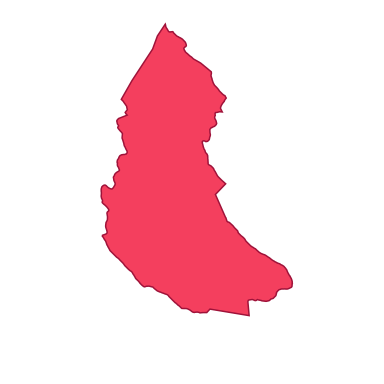 San Isidro, Heredia, Costa Rica, rotated 135°
{"feature_id": "36466004B23001731443143", "entity_name": "San Isidro", "entity_type": "district", "adm_level": 2, "iso_a3": "CRI", "parent_name": "Costa Rica", "parent_adm1": "Heredia", "projection": "equal_earth", "projection_center": [-84.042, 10.03], "detail": "fine", "context": "isolated", "style": "filled", "palette": "rose", "viewbox_px": 384, "rotation_deg": 135, "n_neighbors": 0, "source": "geoboundaries", "source_scale": "gbopen_adm2", "svg_char_len": 5970}
<svg xmlns="http://www.w3.org/2000/svg" viewBox="0 0 384 384"><g transform="rotate(135 192 192)"><path d="M239.0,64.2L230.0,75.0L228.7,75.6L227.2,74.8L227.0,74.5L225.5,73.5L224.7,72.1L224.6,71.4L224.0,70.4L223.0,69.8L222.2,69.8L221.7,69.6L221.3,68.6L220.7,67.8L220.6,67.5L219.8,66.5L219.8,66.1L218.9,64.8L218.7,64.6L216.9,62.3L215.4,61.3L214.9,61.1L214.6,60.7L214.0,60.7L213.6,60.5L211.9,60.5L209.9,59.4L206.0,59.4L204.8,60.1L204.6,60.2L204.1,60.5L204.0,60.8L203.4,60.9L203.1,61.3L201.9,61.3L201.4,61.4L199.7,61.4L197.2,60.1L196.0,58.8L194.8,57.8L194.7,57.5L194.2,57.1L193.5,56.2L192.3,55.5L189.3,54.4L188.5,54.4L188.1,54.7L187.8,54.7L186.6,55.9L186.4,55.9L186.0,56.4L185.7,56.4L185.4,57.0L185.1,57.1L184.1,58.3L183.8,59.2L183.4,59.6L182.8,61.2L182.7,61.9L182.4,62.5L182.4,62.9L182.1,63.4L182.1,64.1L181.9,65.1L181.9,65.4L181.6,65.8L181.2,67.4L180.0,70.2L180.0,70.9L179.8,71.5L179.6,74.4L179.9,76.2L180.5,77.7L180.7,79.1L181.3,80.4L181.7,80.9L181.8,81.6L182.1,82.1L182.1,82.5L182.8,84.5L182.8,85.2L183.1,85.8L183.4,87.2L183.7,89.6L183.7,90.3L184.2,92.4L184.7,95.2L185.1,96.4L185.6,97.3L186.7,99.9L187.2,102.4L187.2,103.8L187.3,104.0L187.3,107.0L187.8,108.3L187.8,109.1L188.3,110.6L188.3,111.3L188.5,111.5L188.6,112.6L188.6,118.9L188.3,120.3L188.1,120.8L188.0,121.5L187.9,121.7L187.9,124.0L188.0,124.6L188.1,125.7L188.2,126.0L188.2,130.1L188.1,130.5L187.8,130.9L187.8,131.3L187.3,132.0L187.2,132.6L187.2,136.7L186.9,139.2L187.1,144.0L187.7,145.4L187.9,145.6L187.9,146.7L186.2,150.0L186.2,150.5L177.2,173.7L162.4,174.0L162.7,179.6L162.7,184.6L162.5,185.7L161.1,190.3L161.0,191.2L160.5,192.7L160.3,192.9L160.1,194.0L160.1,196.9L160.4,198.0L160.7,198.6L160.8,199.3L160.8,200.2L160.4,200.9L160.0,201.2L159.0,202.4L158.7,202.6L158.4,203.1L157.6,203.9L157.5,204.2L156.0,205.7L155.7,206.2L155.5,206.3L155.5,206.5L155.2,206.7L154.6,208.1L154.5,210.2L154.2,211.0L153.4,212.4L153.1,213.9L152.4,215.2L152.4,215.4L150.5,218.5L150.1,219.4L149.9,219.4L149.2,220.3L148.6,220.4L147.6,220.0L147.0,219.2L146.6,217.8L145.1,216.8L142.8,216.8L140.4,218.4L139.6,218.7L138.6,219.4L137.3,221.3L135.1,223.7L133.8,223.7L133.4,223.9L132.7,223.8L132.2,223.4L130.9,223.1L129.6,222.5L127.3,222.5L126.1,223.0L125.7,223.7L125.5,223.9L124.6,225.5L123.9,227.7L123.6,228.4L122.5,229.3L122.3,229.3L121.9,229.6L121.5,229.6L120.9,230.4L119.9,231.4L119.0,231.4L118.1,230.6L115.8,229.3L114.0,227.2L112.8,230.8L112.4,231.3L112.1,231.4L111.7,231.8L109.9,232.5L107.5,233.1L106.4,233.1L105.7,233.3L105.0,233.3L104.7,233.6L103.1,234.0L101.4,234.2L101.1,234.9L101.0,235.8L100.6,236.6L100.7,237.3L101.0,237.9L101.2,239.7L101.2,243.7L101.1,244.6L100.8,245.7L100.6,248.2L100.6,251.7L100.5,252.0L100.4,252.1L100.1,253.4L99.5,254.9L98.4,257.0L98.2,257.5L97.8,257.9L97.2,259.2L96.9,259.7L96.9,259.9L96.1,261.0L94.2,262.3L93.4,263.4L94.7,277.0L96.9,285.1L96.9,287.7L97.3,289.8L97.3,290.6L97.4,291.1L97.4,293.4L97.6,293.7L97.6,295.9L97.4,296.2L97.4,296.6L97.3,296.8L97.3,297.2L97.1,297.3L97.1,297.7L96.3,299.3L95.8,299.5L94.1,299.5L93.9,299.3L93.0,299.3L92.3,299.7L91.5,301.0L90.8,302.6L90.7,307.0L91.0,308.0L91.0,308.4L91.4,309.7L91.7,310.1L91.8,311.2L92.0,311.4L92.5,313.3L92.5,317.4L92.5,317.7L92.2,318.4L92.2,318.7L92.4,319.2L93.9,320.3L94.2,320.7L94.5,320.7L94.8,321.2L95.0,321.7L95.0,322.4L94.3,324.8L94.0,326.5L93.2,328.3L93.0,328.5L92.8,328.5L92.2,329.6L106.1,326.8L118.8,320.9L155.7,313.2L176.5,307.5L176.5,304.8L176.9,302.9L177.1,301.5L177.3,300.7L177.4,299.6L177.7,298.7L178.9,297.0L179.3,296.1L180.0,295.9L183.0,295.5L183.4,294.1L183.5,292.2L192.0,295.9L194.1,295.8L195.0,295.4L195.3,294.9L196.6,292.9L197.0,290.8L197.2,290.6L198.7,290.3L198.8,290.2L199.2,289.4L199.3,289.0L199.6,285.8L199.6,284.2L199.9,282.5L203.3,279.6L204.2,277.7L205.9,274.5L206.7,273.4L207.3,272.3L207.4,271.6L208.6,268.4L208.9,267.1L209.2,266.6L210.0,265.7L211.0,265.4L211.7,265.4L211.8,265.6L213.0,266.1L213.7,266.8L215.5,268.1L217.0,268.6L217.7,268.6L218.6,268.3L219.0,268.3L220.1,267.7L222.2,267.3L223.9,266.1L224.1,265.6L224.1,265.2L224.8,264.8L225.0,264.5L225.7,263.9L226.3,262.9L226.4,262.2L226.8,260.9L227.5,259.6L227.6,259.1L228.1,258.6L229.2,258.6L231.0,259.1L232.9,259.3L234.3,259.1L235.1,258.6L237.1,258.1L239.1,255.3L239.9,253.1L240.6,252.0L242.0,251.3L242.7,251.2L244.4,250.7L246.4,250.7L246.9,251.2L247.5,252.3L248.0,253.8L248.2,254.9L248.2,257.3L248.4,258.1L248.7,258.5L249.2,259.0L250.7,259.4L252.1,259.4L253.8,258.5L255.0,257.5L255.4,256.8L255.5,256.8L255.9,256.5L256.6,255.5L258.3,254.0L259.1,253.4L260.3,251.7L261.1,249.5L261.8,248.7L262.6,248.5L262.8,248.2L263.0,247.7L263.0,245.5L262.9,245.4L262.8,243.6L262.8,241.7L263.1,239.2L263.6,238.1L264.4,237.6L266.0,237.7L266.5,237.5L267.1,237.2L267.6,236.5L269.3,234.2L270.9,232.7L271.8,232.0L274.4,231.2L274.5,231.0L275.3,230.5L276.8,229.3L277.5,228.6L278.1,227.7L279.1,225.7L280.1,224.0L280.4,223.6L280.7,223.4L281.1,223.1L282.5,223.1L285.9,224.7L286.7,224.1L286.7,223.3L287.2,221.2L287.5,220.5L287.7,218.7L288.3,217.2L288.8,216.2L289.2,215.5L289.2,215.2L289.5,214.8L289.6,214.3L289.7,214.1L289.7,213.7L290.1,212.9L290.8,210.3L291.3,208.9L291.4,208.2L291.4,199.2L291.1,197.7L291.0,195.6L291.1,195.1L291.1,190.6L291.4,188.2L291.6,187.8L291.6,182.1L291.4,180.0L291.1,178.9L291.1,177.8L291.2,177.1L291.3,177.0L291.8,175.2L291.8,174.7L292.7,171.4L292.9,171.0L293.0,170.1L292.9,167.3L293.1,164.9L293.3,164.3L293.3,161.4L293.1,159.6L292.8,158.7L292.2,158.2L290.7,157.5L290.3,157.0L289.6,156.5L288.8,155.6L287.5,153.4L287.1,152.9L286.9,152.4L286.9,150.3L286.5,146.7L285.5,144.1L285.1,143.6L284.6,142.2L283.4,139.7L283.2,139.1L282.7,138.2L282.0,136.7L282.0,134.9L282.2,134.6L282.2,125.6L282.0,125.3L282.0,123.9L281.9,123.6L281.9,121.7L281.7,121.4L281.7,120.7L281.6,120.3L281.6,117.4L281.5,116.8L278.5,113.7L277.8,112.6L277.0,110.3L276.7,108.6L276.7,107.8L276.3,106.5L276.3,106.2L275.9,105.8L275.7,105.3L275.0,104.9L273.2,103.4L272.0,101.6L272.0,101.2L271.4,100.5L270.2,99.6L267.7,97.2L266.8,96.3L262.1,96.5L239.0,64.2Z" fill="#f43f5e" stroke="#9f1239" stroke-width="1.5"/></g></svg>